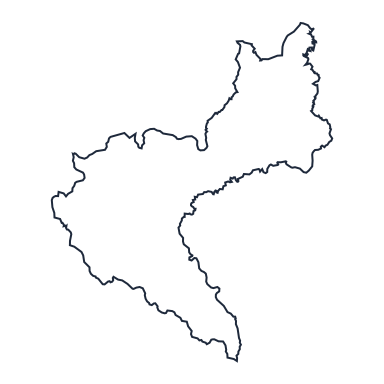 San Jacinto Del Cauca, Bolívar, Colombia (Albers equal-area conic projection)
{"feature_id": "7082276B25893403851567", "entity_name": "San Jacinto Del Cauca", "entity_type": "district", "adm_level": 2, "iso_a3": "COL", "parent_name": "Colombia", "parent_adm1": "Bolívar", "projection": "albers", "projection_center": [-74.643, 8.23], "detail": "fine", "context": "isolated", "style": "outline", "palette": "slate", "viewbox_px": 384, "rotation_deg": 0, "n_neighbors": 0, "source": "geoboundaries", "source_scale": "gbopen_adm2", "svg_char_len": 5943}
<svg xmlns="http://www.w3.org/2000/svg" viewBox="0 0 384 384"><path d="M300.6,23.0L299.8,24.9L293.9,31.6L287.7,35.5L286.6,37.0L283.5,43.1L282.5,46.8L282.1,55.4L277.4,55.7L268.3,59.2L262.5,59.1L261.5,60.4L260.2,60.5L260.6,59.1L256.5,54.9L255.4,52.1L254.0,52.8L253.1,51.9L253.2,50.7L254.7,48.7L251.6,45.4L251.9,44.2L244.4,42.5L242.7,41.1L236.9,41.4L237.6,42.9L240.0,44.8L240.4,46.3L239.1,53.4L238.1,53.8L235.7,59.4L237.9,62.0L240.0,67.7L238.1,72.2L238.2,74.7L236.5,76.9L236.5,79.2L233.2,83.3L235.1,85.8L235.2,88.3L237.4,92.1L235.8,92.4L233.6,94.5L232.8,96.3L231.6,97.3L231.5,99.2L230.6,99.2L229.4,98.3L228.7,100.6L227.0,103.3L224.6,105.2L224.4,107.1L222.3,110.0L221.5,110.0L219.7,112.0L218.6,111.9L217.3,113.8L216.4,113.0L215.9,113.5L215.2,113.0L211.7,117.9L207.6,120.8L207.8,122.5L206.9,123.4L206.0,126.8L206.0,127.9L206.8,128.7L205.6,129.9L207.1,131.6L206.3,132.1L205.4,133.9L206.2,137.9L205.8,139.9L207.4,146.2L206.5,147.9L204.1,150.1L200.4,150.4L198.3,149.1L197.1,145.1L197.3,141.0L195.5,138.6L191.8,136.2L186.3,136.6L181.0,138.9L178.3,139.1L176.9,138.7L175.9,137.1L172.7,135.1L163.1,133.5L160.0,131.0L157.1,130.5L154.1,128.8L150.2,129.1L145.7,131.2L143.8,133.3L142.7,135.5L144.3,137.8L143.6,140.1L144.2,143.3L142.1,145.3L141.6,148.4L139.3,147.8L138.3,146.7L138.1,144.4L135.1,141.4L134.8,138.0L135.5,133.8L129.5,137.9L124.4,133.0L110.5,136.9L109.0,138.4L108.2,141.8L106.3,143.5L106.8,146.9L105.0,149.8L96.2,151.2L92.2,154.0L89.4,155.1L87.2,157.5L84.5,158.7L79.2,157.2L75.7,153.7L74.4,153.3L73.6,154.5L73.0,154.1L73.7,157.2L72.9,160.8L74.1,163.2L74.3,167.2L76.3,169.5L83.0,172.6L84.1,174.5L84.6,177.9L82.9,180.3L76.7,181.8L75.2,182.8L74.2,185.9L72.5,188.2L72.3,191.4L68.1,193.8L66.0,196.4L63.7,193.4L58.6,191.9L58.1,196.1L55.6,196.0L53.9,196.8L52.6,197.9L51.8,200.1L52.4,207.2L54.3,212.9L54.5,217.5L60.1,219.0L61.7,222.9L62.5,222.8L64.0,225.0L63.7,226.2L65.2,225.7L65.6,226.6L66.4,225.9L66.1,228.0L66.9,229.5L68.3,229.7L70.8,232.4L71.3,234.2L70.0,240.8L69.9,245.2L74.3,246.7L81.5,252.0L83.2,255.4L84.2,262.0L89.5,267.3L89.6,271.0L90.9,273.8L93.2,275.9L95.6,276.5L95.9,277.6L98.3,278.7L102.7,284.2L104.6,284.4L108.1,281.5L109.6,281.2L110.5,282.3L112.2,281.7L113.2,280.2L112.8,278.0L113.5,276.8L118.1,279.6L122.2,280.4L127.5,283.9L132.5,288.7L133.6,288.9L136.4,287.6L139.6,287.0L142.8,288.3L145.2,293.4L144.8,295.1L145.6,298.7L147.1,301.4L149.1,303.0L149.5,304.4L151.8,305.1L153.8,303.5L155.3,303.3L157.6,306.3L157.3,307.4L158.4,310.3L161.8,312.5L164.7,313.3L166.0,313.0L167.4,310.5L172.3,311.1L174.4,312.3L175.6,315.0L180.4,317.8L181.9,320.9L186.8,321.7L188.1,326.3L191.7,331.0L191.0,334.1L192.1,336.9L197.6,338.4L199.4,340.4L201.4,340.0L202.4,341.6L205.7,342.7L206.8,344.2L209.6,342.7L211.3,339.7L213.0,339.3L214.3,339.3L218.5,341.3L223.1,341.5L225.5,345.4L226.2,349.8L225.8,351.5L227.3,353.9L227.5,357.6L233.8,359.0L236.9,361.0L237.1,358.0L236.5,355.7L238.3,353.9L238.4,351.5L239.8,349.2L239.7,346.7L240.9,344.7L239.8,342.7L240.1,340.7L239.0,338.0L237.6,328.4L235.9,324.2L236.0,320.9L235.1,319.0L235.7,318.5L235.2,316.7L233.4,316.7L230.8,313.6L227.5,312.1L223.8,305.9L217.0,299.7L215.8,297.1L215.9,294.5L216.9,293.0L219.2,291.4L219.4,288.6L217.4,287.0L213.4,288.1L211.1,287.5L207.3,284.1L206.2,281.6L206.6,277.5L205.8,273.6L203.9,272.0L201.4,270.9L199.2,268.4L198.4,262.2L196.4,258.3L194.4,258.0L191.6,260.5L189.3,259.7L189.4,257.4L192.2,256.1L192.4,255.4L190.5,254.2L189.2,252.4L188.9,248.3L183.8,244.3L183.0,241.5L183.1,237.9L179.6,233.7L178.5,227.6L180.2,225.5L179.9,223.9L181.8,220.5L181.9,218.5L183.9,216.8L184.6,216.9L184.7,213.6L188.2,214.0L189.7,213.5L190.4,214.3L191.9,214.6L193.2,213.8L193.5,211.1L195.2,210.3L195.5,208.8L194.3,208.8L193.3,207.1L191.7,206.2L191.0,205.3L191.0,204.1L191.6,203.0L193.7,202.0L192.9,200.0L195.2,199.5L194.8,196.8L197.0,197.2L198.1,194.6L202.9,194.0L204.2,192.1L206.2,192.2L208.1,191.2L211.6,191.9L213.1,194.2L213.7,194.3L214.3,191.9L215.5,190.5L216.4,190.8L216.5,192.4L217.6,192.8L218.1,191.0L219.8,189.0L222.7,189.3L223.4,186.2L225.8,185.4L225.2,182.5L228.1,181.5L230.0,182.3L231.8,181.9L230.2,179.8L230.6,177.8L232.7,178.6L233.6,177.4L234.9,177.3L235.8,180.0L237.0,181.6L237.8,181.8L238.4,181.1L237.8,179.0L242.8,176.7L243.9,174.0L249.4,174.4L251.7,172.6L252.9,170.3L258.6,169.0L259.3,169.3L260.1,171.6L262.2,169.1L263.5,172.2L265.7,173.1L267.2,172.0L267.3,168.9L269.5,165.3L270.9,164.5L273.2,165.8L277.7,165.0L278.2,164.6L277.3,162.7L277.6,162.2L280.8,162.3L285.8,161.3L286.3,161.7L285.8,162.8L286.5,164.3L291.3,167.4L292.5,167.7L295.0,167.2L299.9,168.6L303.6,172.1L306.3,172.7L308.8,170.6L312.2,166.4L312.6,160.7L312.2,154.7L312.6,152.8L313.8,151.2L315.0,150.0L318.2,149.8L321.0,148.5L320.8,146.7L322.1,145.6L324.5,147.2L325.6,145.6L327.4,144.8L329.3,141.9L331.3,140.7L332.2,138.4L330.0,135.2L329.5,133.3L331.0,129.2L330.0,128.4L330.3,127.2L329.7,124.4L328.0,123.4L326.8,119.9L326.0,119.6L324.0,120.4L322.0,119.6L321.6,118.0L320.4,118.3L318.9,115.8L318.5,116.6L315.1,115.4L311.1,111.0L312.3,110.2L312.3,108.6L313.1,107.4L312.7,106.8L313.3,106.3L312.8,105.5L314.1,104.3L313.6,103.9L314.0,103.2L313.2,102.4L313.8,101.8L313.3,100.9L315.2,98.9L314.8,97.3L315.5,97.5L315.4,96.0L317.4,93.5L317.8,91.4L317.3,85.0L315.8,85.4L313.0,83.8L315.6,81.9L318.2,81.1L319.6,77.8L318.7,76.6L318.6,75.0L317.6,74.8L317.2,73.6L314.6,73.2L314.1,72.6L314.5,72.0L313.2,71.2L312.6,70.0L311.2,69.3L312.5,66.7L310.2,63.7L308.2,63.5L308.0,64.1L305.4,64.8L307.1,62.8L308.4,59.1L308.1,58.1L305.0,56.6L306.7,56.0L307.8,54.2L307.3,53.6L305.8,55.6L304.7,55.9L303.3,55.2L303.3,54.4L305.0,55.1L306.7,52.7L307.8,49.1L308.5,49.5L308.9,50.7L310.2,51.0L309.1,48.7L309.4,47.6L311.9,47.5L312.1,49.9L313.3,50.5L314.6,44.9L314.5,44.1L312.5,43.5L312.3,41.8L312.9,41.3L313.1,41.8L314.6,41.5L314.4,42.2L316.2,42.4L316.1,41.5L313.0,39.3L313.4,39.1L313.4,36.7L312.1,36.8L311.1,34.6L308.9,33.7L310.4,33.1L310.2,32.3L310.6,32.6L314.0,28.3L311.8,29.4L310.2,28.3L307.9,25.2L303.3,23.4L300.6,23.0Z" fill="none" stroke="#1e293b" stroke-width="2"/></svg>